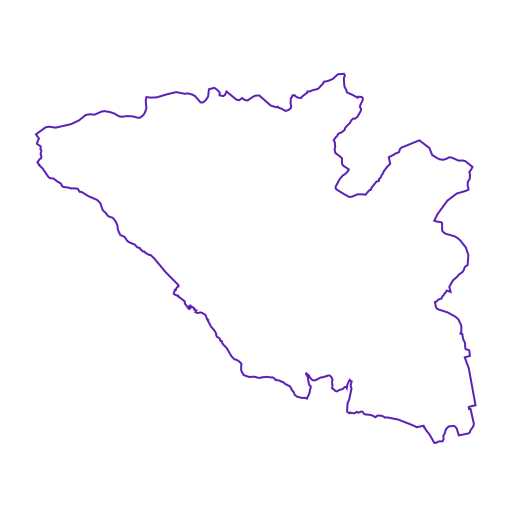 the district of Paltinis, Caras-Severin, Romania, rotated 91°
{"feature_id": "2599482B25505724064349", "entity_name": "Paltinis", "entity_type": "district", "adm_level": 2, "iso_a3": "ROU", "parent_name": "Romania", "parent_adm1": "Caras-Severin", "projection": "albers", "projection_center": [22.135, 45.385], "detail": "fine", "context": "isolated", "style": "outline", "palette": "violet", "viewbox_px": 512, "rotation_deg": 91, "n_neighbors": 0, "source": "geoboundaries", "source_scale": "gbopen_adm2", "svg_char_len": 5999}
<svg xmlns="http://www.w3.org/2000/svg" viewBox="0 0 512 512"><g transform="rotate(91 256 256)"><path d="M138.2,478.1L142.3,475.1L147.3,477.1L148.0,476.6L149.6,473.9L150.6,473.1L153.1,473.4L153.9,472.6L154.9,472.4L157.6,473.2L160.6,472.2L162.1,472.8L163.4,474.4L166.2,476.2L168.5,474.2L168.9,474.5L172.2,470.9L180.5,465.0L181.8,463.4L182.1,459.7L184.9,456.1L186.9,452.4L189.5,451.1L190.3,450.0L190.9,444.6L191.7,442.2L191.5,438.9L191.9,435.4L194.9,433.5L195.0,431.4L198.9,425.0L202.8,415.6L205.9,412.6L212.9,410.0L215.5,407.0L218.3,405.0L219.4,403.0L220.0,400.7L220.9,399.3L223.4,397.3L227.4,395.2L232.3,394.5L237.3,392.1L239.3,387.6L242.5,385.5L243.9,384.1L245.1,381.7L245.1,381.1L245.7,380.3L246.6,377.6L249.4,374.8L250.2,372.1L251.6,371.5L251.7,371.0L253.4,369.4L253.6,367.5L254.4,367.0L256.7,363.1L256.8,361.5L260.1,357.8L273.6,346.2L286.1,333.4L286.7,332.9L287.8,333.0L287.7,333.7L290.0,335.2L291.2,335.4L291.5,335.8L291.1,336.1L291.2,336.5L295.3,337.6L296.3,335.9L296.7,334.6L298.0,332.7L297.0,333.5L296.9,333.2L298.5,332.4L298.6,331.6L300.1,329.9L301.5,327.8L303.0,326.3L303.9,326.5L305.3,326.0L307.3,324.2L308.5,323.6L310.2,321.9L308.9,320.4L307.6,322.1L306.6,320.9L309.6,316.6L310.1,316.4L310.4,316.9L311.0,316.6L311.1,315.9L311.7,315.4L311.6,314.8L313.3,315.5L314.0,313.2L313.4,310.3L314.0,308.5L315.9,305.4L318.9,304.3L320.5,303.0L320.6,303.5L327.6,299.6L330.4,296.9L332.5,295.4L335.1,294.3L335.8,294.4L337.2,293.8L338.6,291.6L339.4,290.8L341.1,290.2L340.9,290.0L341.7,289.4L342.0,288.5L343.6,288.3L346.1,286.3L348.2,283.9L356.7,278.8L359.6,275.8L360.1,273.8L361.5,271.3L363.8,268.8L369.7,268.9L371.6,268.5L375.3,266.2L377.1,260.9L376.7,255.8L377.8,251.2L377.7,248.9L377.1,248.0L377.1,246.4L376.6,243.0L377.2,238.5L377.0,237.5L378.2,235.4L379.3,234.7L379.6,234.2L379.3,233.6L379.9,232.6L380.0,231.1L380.6,229.3L381.3,228.5L381.1,227.7L382.7,225.2L384.0,224.0L384.1,222.7L385.2,221.3L385.2,220.3L387.8,218.4L389.2,218.0L391.2,216.1L394.2,214.8L395.9,212.5L397.1,207.7L397.0,204.5L397.7,202.5L395.8,201.9L393.6,200.7L391.1,199.9L388.6,199.7L386.7,198.9L385.0,199.2L384.2,200.3L383.0,200.9L376.1,202.2L373.4,203.7L372.6,203.9L372.4,203.5L373.6,202.5L374.5,201.0L376.6,199.9L378.9,197.7L379.2,197.2L379.3,195.5L379.3,194.7L376.3,189.0L375.9,186.2L374.9,183.8L375.1,183.2L374.3,182.2L374.1,180.8L374.5,179.8L376.0,178.4L378.3,177.3L380.0,177.8L384.4,177.3L387.0,177.6L387.9,176.0L389.4,174.5L390.0,172.7L388.6,170.6L387.5,167.1L385.5,165.0L385.2,163.4L386.3,162.9L382.8,162.3L378.2,160.2L379.5,158.9L379.7,158.2L383.9,159.1L386.8,158.2L397.3,160.2L402.0,161.9L408.8,162.2L410.4,162.0L411.6,159.5L410.9,158.9L411.4,157.6L411.4,154.8L411.1,153.8L410.3,153.1L410.1,152.4L410.9,150.7L409.7,148.2L409.7,147.4L410.1,146.7L411.9,145.2L412.4,144.2L412.7,143.1L412.5,142.3L413.0,138.2L414.4,135.0L415.2,134.1L414.9,133.4L414.0,132.7L413.3,130.8L413.6,127.6L414.3,125.6L415.3,124.5L415.1,121.9L417.1,110.8L421.8,98.2L423.6,93.7L424.4,92.6L422.8,85.4L425.4,84.5L424.3,84.5L426.8,83.2L431.3,79.5L439.7,74.5L439.7,72.7L438.3,70.4L438.0,66.2L435.8,65.2L432.7,65.6L430.6,64.4L426.1,63.2L423.1,60.5L422.4,55.0L423.6,53.4L425.2,52.2L431.8,50.1L429.7,40.4L428.6,39.1L426.9,38.7L422.5,35.8L420.1,35.2L405.3,38.8L405.3,40.3L403.5,40.7L402.9,39.7L401.4,33.9L364.6,41.3L353.7,45.5L352.1,40.4L347.2,41.0L346.4,41.5L345.5,44.6L344.5,45.1L339.1,45.6L335.3,47.5L330.8,48.3L330.3,48.4L330.0,50.2L327.7,49.4L323.1,49.4L321.1,49.9L316.3,52.3L315.0,53.4L313.2,55.6L309.7,62.2L309.0,63.6L306.4,72.2L305.3,74.4L303.8,75.2L298.9,76.3L298.6,75.2L296.1,72.3L295.2,69.8L293.1,68.9L291.7,67.5L290.5,67.1L289.2,65.7L287.4,64.8L287.3,64.4L288.5,60.8L283.5,62.2L277.0,58.7L273.3,54.6L271.0,52.7L268.5,49.4L266.6,48.1L263.3,47.0L261.2,44.2L251.4,43.7L244.1,46.2L237.0,51.9L234.7,54.6L232.9,57.6L230.4,66.8L229.0,69.0L227.4,70.3L219.7,70.5L218.9,71.9L218.5,75.2L217.6,78.4L210.9,75.2L197.3,65.6L190.0,56.3L187.2,47.2L185.9,44.7L183.7,45.0L182.1,45.6L178.3,45.5L175.0,43.6L170.7,43.5L168.3,44.2L165.9,42.4L163.2,41.1L157.6,48.2L156.9,50.6L157.1,55.1L154.3,61.8L153.9,64.3L155.4,67.2L156.5,70.2L156.2,73.7L155.2,76.2L151.8,81.7L145.0,84.5L137.5,94.7L145.1,112.5L146.4,113.8L149.8,115.0L151.4,119.0L152.0,119.4L154.9,125.0L161.5,123.4L164.5,126.4L169.3,129.9L170.6,130.2L173.4,132.0L175.3,132.7L176.9,134.3L177.1,134.0L178.6,134.4L179.1,135.1L179.4,136.8L185.9,141.8L187.8,142.3L188.2,143.8L192.9,147.7L192.5,149.9L192.6,155.7L195.0,161.1L195.4,163.6L192.8,168.7L188.1,176.7L186.7,177.6L185.3,177.6L177.6,173.6L174.3,170.9L171.7,167.4L169.6,165.6L167.8,164.7L164.0,170.6L162.2,171.6L156.9,171.7L155.6,173.0L151.5,178.5L148.1,179.3L145.5,178.7L140.8,179.2L138.9,180.4L135.3,177.9L134.5,176.7L133.1,176.4L132.0,175.3L130.8,172.5L128.2,169.4L126.8,169.3L125.6,168.5L121.2,164.4L118.6,163.0L116.9,161.2L116.9,159.3L115.0,157.0L109.4,153.9L107.9,153.5L106.8,153.6L105.8,154.5L103.9,154.6L98.2,152.0L96.3,152.0L95.1,153.1L95.0,157.8L94.8,157.9L95.7,157.7L93.5,161.8L90.8,168.0L88.5,168.6L84.9,170.6L76.9,171.3L74.0,170.3L72.3,171.2L72.9,177.4L77.5,182.1L79.4,186.3L80.3,189.3L80.5,191.1L82.6,192.1L87.8,196.9L89.4,202.7L90.5,204.7L90.6,207.5L91.9,207.7L95.9,212.9L97.2,213.5L97.0,216.8L95.6,219.3L94.5,220.3L94.9,222.5L96.0,222.6L97.6,223.9L99.4,224.0L102.6,224.1L105.7,223.4L107.3,223.6L109.4,225.9L110.5,228.9L108.2,233.2L107.6,235.5L106.3,236.8L107.0,238.1L105.3,243.9L95.4,255.6L95.7,259.3L96.6,261.4L100.7,267.2L100.1,270.2L98.3,272.6L100.5,275.4L100.1,278.2L92.1,288.3L95.7,290.0L96.7,291.6L96.0,295.2L93.0,295.2L90.6,297.7L88.6,300.6L90.1,306.0L96.9,306.6L98.0,307.0L101.1,309.0L103.4,311.8L103.4,314.1L97.1,319.8L95.6,322.9L94.6,327.2L95.1,329.8L93.5,338.7L96.0,348.2L99.0,357.6L99.5,363.0L99.1,368.4L102.5,369.0L110.2,368.2L114.6,369.6L116.9,371.0L119.5,373.9L119.9,376.2L118.5,382.1L118.4,388.1L119.1,391.7L118.8,395.3L116.1,400.0L114.8,403.8L113.8,409.7L114.2,412.8L117.5,419.9L117.2,424.9L117.9,428.6L123.4,435.2L127.4,443.2L131.2,458.7L130.3,465.3L131.1,468.7L138.2,478.1Z" fill="none" stroke="#5b21b6" stroke-width="2"/></g></svg>